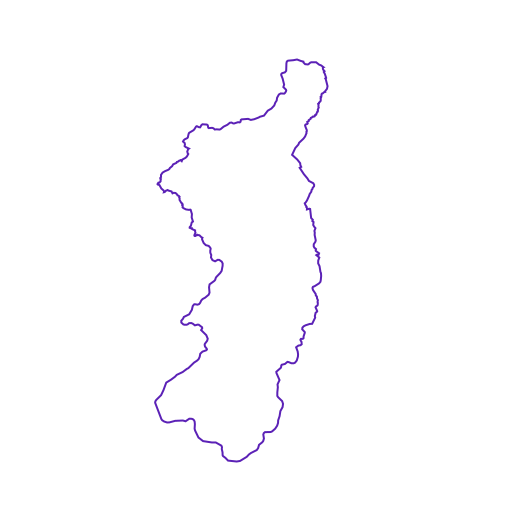 Hang Dong, Chiang Mai, Thailand (Albers equal-area conic projection), rotated 223°
{"feature_id": "78962969B1723139594347", "entity_name": "Hang Dong", "entity_type": "district", "adm_level": 2, "iso_a3": "THA", "parent_name": "Thailand", "parent_adm1": "Chiang Mai", "projection": "albers", "projection_center": [98.893, 18.724], "detail": "fine", "context": "isolated", "style": "outline", "palette": "violet", "viewbox_px": 512, "rotation_deg": 223, "n_neighbors": 0, "source": "geoboundaries", "source_scale": "gbopen_adm2", "svg_char_len": 6131}
<svg xmlns="http://www.w3.org/2000/svg" viewBox="0 0 512 512"><g transform="rotate(223 256 256)"><path d="M235.3,102.2L232.2,94.8L230.5,89.5L230.8,82.7L230.5,81.1L229.7,79.9L214.0,72.2L212.6,71.9L210.3,72.3L207.5,73.6L205.9,75.2L202.7,80.3L197.3,85.8L194.8,87.1L193.8,91.5L192.0,93.1L190.8,93.6L189.3,93.6L187.9,93.0L186.0,91.3L183.1,87.8L181.5,86.8L174.3,84.0L168.5,84.5L161.0,89.6L158.2,92.2L152.0,93.7L150.5,93.0L149.4,91.5L146.6,89.6L144.5,87.5L143.7,87.2L140.7,87.5L136.9,87.3L130.0,92.5L127.9,95.2L125.8,102.8L125.8,106.1L125.3,108.6L123.1,114.6L123.4,116.9L125.0,120.0L124.4,123.9L124.5,125.5L125.7,127.9L128.9,130.4L129.5,131.8L129.3,133.3L125.2,137.3L124.6,138.7L124.2,142.8L124.8,146.3L126.0,148.9L127.7,150.9L129.5,154.9L132.4,159.2L133.5,163.6L135.4,166.3L137.9,167.7L143.5,167.8L145.0,168.2L147.4,170.8L150.5,174.9L152.7,176.8L154.2,181.3L161.3,184.4L162.2,185.2L161.6,191.0L162.0,192.1L162.8,193.1L163.0,194.0L161.2,196.8L160.8,200.0L159.7,200.7L157.0,201.7L155.3,203.2L154.7,204.6L154.9,207.3L156.7,211.0L158.2,212.8L160.4,214.6L164.4,216.6L163.9,219.4L162.6,221.1L162.4,222.6L164.1,224.2L165.9,224.7L166.5,225.2L166.6,226.1L165.3,227.3L165.2,228.3L166.4,229.7L167.9,233.0L168.4,233.6L172.2,233.9L173.2,235.3L173.2,237.1L172.5,239.1L170.4,242.9L168.7,244.7L170.7,251.3L172.0,252.2L173.7,255.2L173.4,256.5L173.6,257.4L177.5,259.1L177.7,260.0L177.3,261.6L177.5,262.3L178.8,263.9L179.6,264.3L180.6,265.9L182.4,266.6L183.9,267.9L185.3,267.9L186.4,268.9L191.1,270.0L192.5,270.8L193.1,271.5L193.3,272.3L192.5,274.0L191.2,279.0L191.3,281.1L192.3,282.7L194.7,285.8L196.8,287.8L198.0,288.3L202.6,291.9L205.5,293.0L207.4,295.1L208.6,298.0L212.5,297.8L212.4,298.4L211.1,299.6L211.7,301.0L215.7,300.5L216.3,300.9L216.8,302.0L219.1,301.9L220.5,302.5L221.8,304.0L222.3,307.0L223.0,308.2L227.5,311.4L229.0,313.2L230.4,314.2L231.5,316.9L233.4,317.1L235.3,317.7L237.1,320.1L238.7,320.0L239.1,321.2L241.6,321.4L248.5,327.3L249.3,326.9L250.5,324.8L251.3,325.8L252.6,326.1L252.7,326.6L254.6,327.0L256.3,327.8L256.2,329.1L256.6,331.4L258.2,336.2L259.0,337.9L259.4,340.7L260.4,342.3L260.4,343.4L261.0,344.5L261.1,346.6L262.0,347.7L263.7,348.3L268.5,347.0L271.3,347.8L276.8,348.5L284.2,350.3L283.7,352.0L285.5,352.7L287.0,354.0L291.7,354.7L298.6,354.6L300.9,361.8L301.0,366.4L301.7,368.2L301.3,374.2L301.6,376.9L302.9,380.4L303.8,381.1L303.9,381.8L304.7,382.7L307.5,384.0L309.1,384.9L309.4,385.5L309.4,386.1L308.6,387.3L308.6,388.2L310.0,389.0L309.5,390.8L310.1,391.4L309.6,393.5L310.1,394.4L309.6,395.4L309.6,396.6L308.9,397.1L308.4,398.1L308.8,398.6L308.6,399.2L308.9,399.5L308.8,400.2L308.4,400.5L309.5,403.0L309.3,403.5L309.6,403.8L309.6,404.4L310.6,405.1L311.4,407.4L312.0,407.6L313.2,409.0L314.3,409.6L314.0,410.5L314.5,411.0L314.4,413.2L315.0,414.3L316.3,415.4L316.4,416.2L317.2,416.4L317.1,417.4L318.4,419.0L318.5,419.8L318.1,420.4L317.9,422.4L317.3,423.2L317.8,423.5L318.1,426.7L319.5,429.0L325.4,432.8L326.4,433.1L326.1,434.0L326.3,434.2L330.0,436.2L331.9,436.8L331.9,437.9L333.9,438.1L334.7,438.5L335.8,439.6L335.5,440.1L338.4,439.8L340.3,439.0L344.1,438.7L347.7,435.4L348.2,434.3L348.4,432.0L348.9,431.3L350.9,429.8L353.3,429.9L353.9,430.5L356.3,429.2L360.0,427.7L362.2,424.7L365.8,420.7L366.1,419.3L365.2,417.7L360.2,412.0L360.1,410.0L361.6,407.5L361.6,406.4L361.1,405.6L357.5,403.9L352.3,400.5L351.2,398.2L347.6,398.1L346.8,397.7L346.3,396.7L346.0,395.1L346.1,394.0L348.8,391.7L349.4,389.7L348.5,386.1L346.9,383.8L346.5,381.4L345.3,378.5L345.3,374.3L346.5,370.3L345.9,364.1L348.1,360.5L348.5,359.1L350.6,354.8L352.6,352.0L355.3,350.9L359.7,346.1L359.9,345.2L358.9,343.7L359.0,342.6L360.4,341.6L362.4,338.0L363.1,337.4L364.9,336.9L366.0,335.6L366.4,332.5L367.9,328.5L368.4,324.7L368.8,323.7L371.3,321.7L372.4,320.4L374.2,320.4L375.5,319.8L377.8,317.3L378.5,317.3L380.4,318.7L381.6,318.6L385.0,315.8L385.2,314.5L384.6,312.0L385.5,311.3L387.8,310.6L388.1,309.8L387.5,306.6L387.5,305.3L388.9,300.5L388.5,299.2L386.7,296.2L386.7,295.3L387.7,292.7L387.8,291.2L387.4,289.9L385.3,290.0L384.1,289.2L383.2,287.7L381.8,287.7L378.3,288.8L378.5,287.9L377.5,285.5L375.9,284.5L375.1,284.4L374.4,281.6L374.5,279.7L375.6,276.4L375.0,274.7L375.8,274.7L376.2,275.1L376.6,274.7L376.7,274.1L377.2,273.3L377.3,272.0L378.0,270.8L377.7,269.8L379.1,266.5L378.6,264.5L379.0,261.6L378.7,260.5L379.0,259.1L380.4,256.0L381.2,253.3L380.8,250.5L379.3,249.0L379.2,247.7L378.7,247.3L378.0,247.4L377.8,246.8L376.7,245.5L376.7,243.9L377.4,243.1L377.2,241.7L376.9,241.3L376.2,241.4L376.0,241.9L374.9,242.0L371.3,240.8L368.3,240.9L367.0,240.4L366.8,239.9L366.4,240.5L366.4,242.3L365.6,244.0L364.7,244.1L361.8,245.6L359.8,244.9L359.3,246.1L357.8,247.2L355.5,247.2L354.8,246.8L353.5,247.3L352.3,247.2L352.1,246.4L351.1,246.0L350.2,244.9L346.8,243.9L346.0,244.1L345.6,243.7L344.9,243.8L344.6,242.8L343.7,242.7L342.9,241.5L341.8,241.5L339.0,242.3L336.5,244.0L335.7,245.1L335.3,245.2L331.5,243.0L329.3,240.3L325.6,238.2L325.9,236.7L324.2,233.7L324.2,232.0L323.8,231.4L322.9,231.6L321.9,232.6L321.1,232.1L318.0,233.2L317.3,232.4L316.1,231.7L315.6,229.9L315.1,229.0L314.6,228.8L313.9,229.4L313.6,231.4L312.8,231.5L312.1,232.3L311.2,232.6L309.1,232.5L307.6,232.8L307.5,232.2L306.8,231.4L303.1,229.8L300.1,229.7L297.5,231.1L295.2,230.9L294.1,230.4L293.1,228.7L291.6,227.2L289.4,226.2L287.9,224.2L285.0,223.3L282.3,224.2L281.4,227.1L280.2,228.1L277.2,228.5L275.3,227.8L273.7,226.0L271.0,221.7L270.6,219.2L270.7,213.6L270.4,212.3L269.6,210.8L269.5,209.4L270.6,203.6L269.0,201.1L265.0,197.5L264.2,195.4L264.8,190.8L265.7,188.1L265.7,186.1L264.9,183.6L264.8,182.0L265.6,180.5L267.9,179.0L268.3,178.3L268.1,176.2L266.2,172.9L265.1,167.8L267.2,162.2L266.6,160.4L266.5,157.7L265.2,156.4L262.5,156.4L261.5,156.9L259.8,158.5L259.3,159.6L259.1,161.3L257.5,162.9L255.9,163.4L253.4,163.6L251.9,166.0L251.0,166.7L246.8,167.1L246.0,166.4L245.6,164.4L238.4,164.2L234.9,162.6L233.9,160.7L233.5,156.9L233.0,156.0L231.5,155.0L228.8,154.6L228.1,154.1L228.1,153.1L229.9,149.6L230.0,148.6L230.1,146.5L228.4,143.8L227.6,141.3L227.8,139.0L228.6,135.8L229.0,127.8L229.6,126.2L230.5,121.1L232.9,115.0L232.9,112.5L233.8,107.6L235.3,102.2Z" fill="none" stroke="#5b21b6" stroke-width="2"/></g></svg>